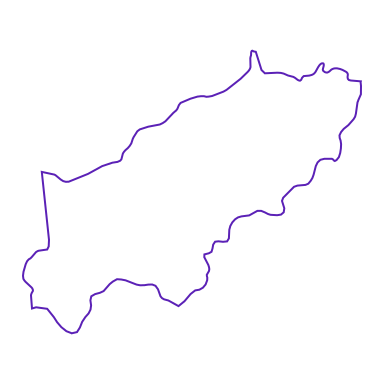 SVG path tracing the border of Itapúa
{"feature_id": "PRY-620", "entity_name": "Itapúa", "entity_type": "Department", "adm_level": 1, "iso_a3": "PRY", "parent_name": "Paraguay", "parent_adm1": "", "projection": "orthographic", "projection_center": [-55.537, -26.832], "detail": "fine", "context": "isolated", "style": "outline", "palette": "violet", "viewbox_px": 384, "rotation_deg": 0, "n_neighbors": 0, "source": "natural_earth", "source_scale": "10m", "svg_char_len": 3128}
<svg xmlns="http://www.w3.org/2000/svg" viewBox="0 0 384 384"><path d="M360.8,81.4L360.6,82.2L361.0,85.9L360.9,94.3L358.3,100.2L358.0,101.2L357.5,102.3L355.9,113.7L355.1,116.7L353.6,119.2L348.4,125.1L343.7,128.9L341.1,132.0L339.5,135.3L339.7,138.0L340.6,140.6L341.1,144.1L340.9,148.4L340.2,153.0L338.9,157.1L336.5,160.1L334.8,161.0L333.9,160.5L333.1,159.5L331.9,158.8L324.4,158.8L320.4,159.8L317.6,162.4L315.8,166.1L313.6,174.7L312.4,178.0L310.7,180.8L308.3,183.7L305.5,184.9L297.4,185.6L294.0,186.8L283.2,197.7L282.0,200.9L284.3,208.3L283.7,212.3L281.0,214.6L277.1,215.2L270.5,214.8L268.0,214.0L264.9,212.4L261.3,210.9L257.3,210.9L249.2,215.4L241.4,216.4L238.0,217.4L235.1,219.3L232.3,222.4L230.3,226.0L229.3,229.8L228.9,238.4L227.1,241.4L223.0,241.8L218.4,241.3L215.1,241.7L213.2,244.6L212.5,248.5L211.5,251.8L208.8,253.3L204.4,254.4L204.3,257.2L208.3,264.9L209.0,267.1L209.3,269.1L209.0,271.0L206.8,274.8L206.9,276.1L207.3,277.6L207.2,280.2L205.6,284.5L202.9,287.7L199.4,289.7L195.2,290.4L190.6,294.0L184.6,301.1L178.5,306.1L168.4,300.5L164.0,299.3L162.0,298.1L160.5,296.3L158.0,289.3L155.5,285.8L152.2,284.5L148.3,284.6L144.3,285.2L143.4,285.2L140.2,285.3L136.6,284.6L125.5,280.3L125.4,280.3L121.3,279.5L117.0,279.2L112.8,281.6L109.7,284.1L103.6,291.1L99.9,292.8L95.1,294.1L91.3,296.3L90.4,300.3L91.1,305.4L90.5,309.6L88.6,313.4L85.4,317.0L82.2,321.8L79.9,327.5L77.0,332.1L71.7,333.3L71.6,333.2L66.4,331.2L61.4,327.2L57.1,322.2L53.9,317.2L47.2,308.8L36.1,307.3L32.0,308.5L31.0,295.4L31.2,294.3L31.8,292.8L32.3,292.0L32.9,290.9L32.9,289.9L32.3,288.4L31.5,287.4L25.6,281.9L24.4,280.5L23.4,278.9L23.0,275.8L23.5,271.8L25.7,264.2L27.1,261.2L28.8,259.3L30.4,258.4L31.8,257.0L36.0,252.1L37.6,251.1L38.8,250.7L47.2,249.5L48.7,246.4L49.0,239.9L41.8,171.9L54.4,174.6L55.5,175.2L60.7,179.5L63.2,181.1L65.8,181.8L68.7,181.7L88.0,173.9L102.2,166.1L112.4,162.7L117.5,161.9L120.2,160.7L121.4,159.3L122.9,153.5L124.0,151.8L125.4,150.2L127.8,148.1L129.7,145.9L131.3,143.4L132.8,138.8L133.7,137.0L137.3,131.3L139.8,129.4L148.2,126.7L159.8,124.5L162.7,123.1L165.4,121.3L173.2,113.0L176.3,110.3L177.4,108.8L178.9,105.1L180.6,102.9L190.5,98.7L197.5,96.6L201.0,96.2L204.0,96.2L206.4,96.8L208.7,96.6L212.1,96.0L223.5,91.6L226.5,89.9L240.6,78.8L247.6,72.0L249.0,70.4L250.0,68.7L250.5,67.1L250.3,58.2L250.6,56.6L251.0,55.4L251.1,54.2L251.1,53.0L251.4,51.5L251.8,50.9L252.3,50.7L253.0,51.0L253.6,51.4L255.8,51.8L261.5,70.0L264.9,73.3L277.4,72.7L280.7,72.9L282.1,73.2L283.7,73.6L288.0,75.5L293.4,76.9L295.1,77.9L297.7,79.9L299.0,80.5L300.0,80.7L300.7,80.2L301.1,79.9L301.4,79.4L301.9,78.1L302.6,77.2L303.7,76.1L309.2,75.6L311.5,75.0L312.5,74.6L313.7,73.9L314.8,72.8L315.5,71.9L318.1,67.2L319.3,65.4L320.3,64.3L321.1,63.7L322.1,63.3L322.9,63.3L323.4,63.5L323.7,64.1L323.8,64.9L323.7,65.9L323.0,68.6L322.8,69.8L323.2,70.8L324.8,72.1L326.1,72.5L327.4,72.5L328.3,72.1L329.3,71.5L331.5,69.5L333.0,68.8L334.3,68.4L336.9,68.3L340.1,69.0L342.5,69.9L345.7,71.6L346.6,72.2L347.2,72.9L347.6,73.5L347.8,74.3L347.8,75.2L347.6,76.5L347.6,77.7L347.9,78.9L348.9,80.0L350.8,80.5L360.4,81.3L360.7,81.4L360.8,81.4Z" fill="none" stroke="#5b21b6" stroke-width="2"/></svg>